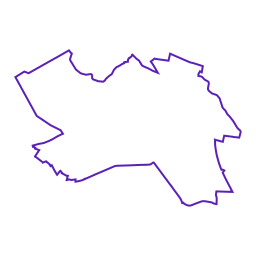 Helmond, Noord-Brabant, Netherlands
{"feature_id": "6326949B31180787122352", "entity_name": "Helmond", "entity_type": "district", "adm_level": 2, "iso_a3": "NLD", "parent_name": "Netherlands", "parent_adm1": "Noord-Brabant", "projection": "albers", "projection_center": [5.662, 51.474], "detail": "fine", "context": "isolated", "style": "outline", "palette": "violet", "viewbox_px": 256, "rotation_deg": 0, "n_neighbors": 0, "source": "geoboundaries", "source_scale": "gbopen_adm2", "svg_char_len": 5265}
<svg xmlns="http://www.w3.org/2000/svg" viewBox="0 0 256 256"><path d="M216.5,204.1L216.5,203.9L216.6,203.3L216.6,202.6L216.7,199.7L216.7,199.4L216.7,198.6L216.6,198.0L216.6,197.4L216.4,196.8L216.3,196.2L215.9,195.1L216.4,191.4L231.5,191.9L231.4,191.7L232.4,191.8L231.8,190.6L230.9,188.9L230.5,188.0L230.0,187.2L227.3,182.0L226.8,181.1L226.4,180.2L225.5,178.5L225.1,177.6L223.8,175.0L223.4,174.1L222.7,172.6L224.3,170.5L222.5,169.6L221.5,169.8L221.0,168.7L220.3,166.9L219.0,163.2L218.5,161.6L218.3,160.7L218.2,160.6L218.1,160.1L217.2,156.9L216.7,155.0L216.6,154.0L216.3,153.1L216.0,151.2L215.7,149.2L215.4,147.3L215.2,145.4L215.1,144.4L215.1,143.4L215.0,142.1L215.1,140.4L215.0,139.7L216.6,140.2L218.5,140.6L220.4,141.2L222.8,141.8L224.2,135.7L224.7,135.8L225.1,135.9L225.5,135.9L225.9,135.9L233.6,136.9L233.9,137.0L234.4,137.1L234.7,137.1L239.2,137.6L239.3,137.1L239.5,136.5L239.6,136.1L240.6,132.4L240.6,132.0L240.6,131.7L240.6,131.3L240.4,131.0L240.2,130.7L240.0,130.4L238.3,128.9L238.0,128.6L237.7,128.3L237.4,127.9L237.1,127.5L233.4,121.4L233.0,120.8L229.7,116.6L229.2,116.0L228.1,115.0L227.9,114.7L227.4,114.2L227.2,114.0L226.9,113.4L226.0,111.7L225.8,111.3L225.6,110.9L225.3,110.6L225.1,110.3L223.3,108.5L223.0,108.1L222.8,107.8L222.5,107.4L222.4,107.0L221.3,103.7L221.1,102.9L220.9,102.5L220.7,101.9L219.9,99.1L219.8,98.8L219.7,98.5L219.5,98.2L219.3,98.0L217.3,95.6L217.1,95.4L216.9,95.2L216.7,95.1L216.3,94.9L212.5,93.6L212.1,93.5L211.9,93.4L211.7,93.2L209.2,91.1L208.5,90.4L208.2,89.7L208.0,89.0L208.0,88.1L208.8,83.8L208.8,82.9L208.6,82.2L207.9,81.4L207.4,81.1L205.1,79.9L204.7,79.6L204.3,79.3L202.3,77.1L201.5,76.6L200.6,76.3L198.4,76.0L198.4,74.1L198.9,73.2L200.0,71.3L201.4,72.2L201.7,72.4L201.8,72.1L202.8,66.1L193.9,63.3L192.1,62.8L190.6,62.5L190.1,62.4L170.1,53.7L168.5,60.7L157.8,59.2L156.3,59.0L154.8,58.7L154.5,58.6L153.3,59.6L150.8,61.5L152.0,63.2L153.1,64.8L154.1,66.5L155.1,68.1L155.8,69.3L156.9,71.2L157.8,72.8L153.0,70.9L152.6,70.7L148.9,68.7L142.8,66.0L142.2,65.6L141.7,65.0L139.3,61.0L138.9,60.5L138.4,60.1L136.8,59.0L136.5,58.8L136.2,58.5L132.4,54.6L132.1,54.7L132.0,55.0L131.7,55.9L131.7,56.0L131.5,56.3L131.0,56.8L130.9,56.9L130.1,57.3L129.9,57.6L129.7,58.0L129.3,58.2L129.1,58.1L128.9,58.1L128.7,58.3L128.3,59.1L128.2,59.4L128.1,59.6L128.0,60.1L127.9,61.7L125.2,62.0L124.2,62.2L124.1,62.3L124.1,62.5L124.4,62.9L124.3,63.0L124.1,63.2L123.6,63.5L123.2,63.6L122.9,63.6L122.1,64.0L120.1,65.4L119.0,65.9L118.8,65.9L118.7,66.0L118.0,66.6L117.9,66.6L117.1,66.8L116.7,67.0L115.8,67.8L113.9,69.9L113.8,70.0L113.5,70.8L111.8,74.0L111.7,74.2L111.6,74.3L111.2,74.5L110.7,74.9L109.3,75.8L109.1,76.0L107.6,77.3L106.3,78.5L105.9,78.9L105.7,79.2L105.4,79.5L105.3,79.8L105.0,80.4L104.9,80.5L103.3,81.6L103.1,81.7L98.4,81.2L98.0,81.2L97.9,81.2L97.6,81.1L96.9,80.7L96.1,80.4L95.4,80.2L93.6,79.6L93.4,79.4L93.1,79.3L92.8,79.1L92.7,78.9L92.4,78.6L92.3,78.4L92.1,78.0L92.1,77.7L92.1,77.2L92.1,75.9L92.1,75.5L92.1,75.3L92.0,75.1L91.9,74.9L91.7,74.6L91.5,74.4L91.2,74.2L90.9,74.1L90.6,74.1L90.4,74.1L86.2,74.7L85.8,74.7L85.4,74.6L81.3,73.5L81.0,73.4L80.8,73.3L80.4,73.1L80.2,72.9L76.6,70.1L76.3,69.9L76.1,69.7L75.9,69.4L75.7,69.2L73.3,65.3L70.3,60.4L70.2,60.2L70.1,59.7L70.1,59.2L70.1,58.8L71.8,53.5L71.4,53.1L71.1,53.1L70.7,52.6L70.4,52.2L70.2,52.1L69.8,51.5L69.0,50.4L67.7,51.1L55.8,57.9L55.5,58.0L33.0,70.7L28.6,73.2L24.3,71.6L15.4,77.1L36.7,115.9L46.4,122.4L50.5,125.2L60.6,130.2L62.9,133.8L61.6,134.3L59.8,135.2L57.3,136.4L55.6,137.4L52.9,139.0L51.4,139.8L50.5,140.2L48.9,141.0L46.1,142.1L44.3,142.8L43.3,143.1L42.9,143.2L39.9,143.7L38.9,143.9L38.1,144.1L32.7,145.6L33.0,146.8L33.4,146.7L33.6,146.7L33.7,146.8L33.9,146.8L35.4,147.9L35.0,148.6L39.2,150.1L35.1,156.3L35.0,156.6L36.3,157.3L39.5,159.8L40.1,160.3L42.1,161.8L42.5,162.1L42.8,162.4L42.9,162.6L46.0,161.3L46.7,162.1L46.9,162.0L49.8,164.5L49.7,164.7L49.8,165.0L49.9,165.3L50.1,165.6L50.8,166.2L51.8,165.3L54.3,170.2L57.0,174.7L57.1,174.8L60.0,171.0L60.2,170.9L60.4,170.8L62.2,173.0L62.0,173.3L62.3,173.4L66.0,175.5L66.5,175.7L67.8,175.8L66.7,180.1L66.8,180.1L69.1,179.4L71.4,180.0L75.5,179.4L75.4,180.8L75.5,181.1L75.5,181.7L79.4,181.0L80.8,180.6L82.1,180.2L83.0,179.9L83.8,179.4L84.3,179.1L84.3,179.3L94.1,175.0L94.2,174.8L94.5,174.7L94.5,174.8L98.4,173.1L98.7,173.0L111.1,167.7L111.5,167.5L113.2,166.8L114.3,166.3L114.8,166.1L115.0,166.1L115.8,165.9L116.5,165.8L118.7,165.7L131.3,165.3L140.3,164.9L145.2,164.8L145.4,164.7L145.5,164.7L145.8,164.8L149.2,164.6L149.7,164.6L150.1,164.5L150.4,164.3L150.8,164.2L151.1,164.0L152.8,162.8L153.0,162.6L153.5,162.5L153.8,162.6L165.1,177.8L165.9,178.9L166.6,179.8L169.9,184.3L170.1,184.6L170.5,184.9L170.6,185.1L171.1,185.9L171.4,186.0L171.5,186.4L171.9,186.9L173.4,189.0L174.7,190.8L176.3,192.9L179.2,196.9L179.7,197.5L180.1,198.1L180.5,198.8L180.6,199.1L181.1,200.0L181.5,200.9L181.8,201.8L182.0,202.5L182.2,203.1L183.4,202.7L183.5,203.0L183.7,203.3L183.9,203.5L184.2,203.7L184.4,203.9L184.7,204.0L186.5,205.0L187.6,205.3L188.4,205.5L188.7,205.6L189.3,205.6L189.9,205.6L190.3,205.5L190.6,205.5L191.3,205.3L196.6,203.2L200.2,201.9L200.7,201.7L201.4,201.5L201.9,201.3L202.5,201.2L202.9,201.2L204.2,201.2L204.7,201.2L205.4,201.3L211.2,202.3L211.9,202.5L212.3,202.7L213.7,203.5L214.2,203.6L216.5,204.1Z" fill="none" stroke="#5b21b6" stroke-width="2"/></svg>